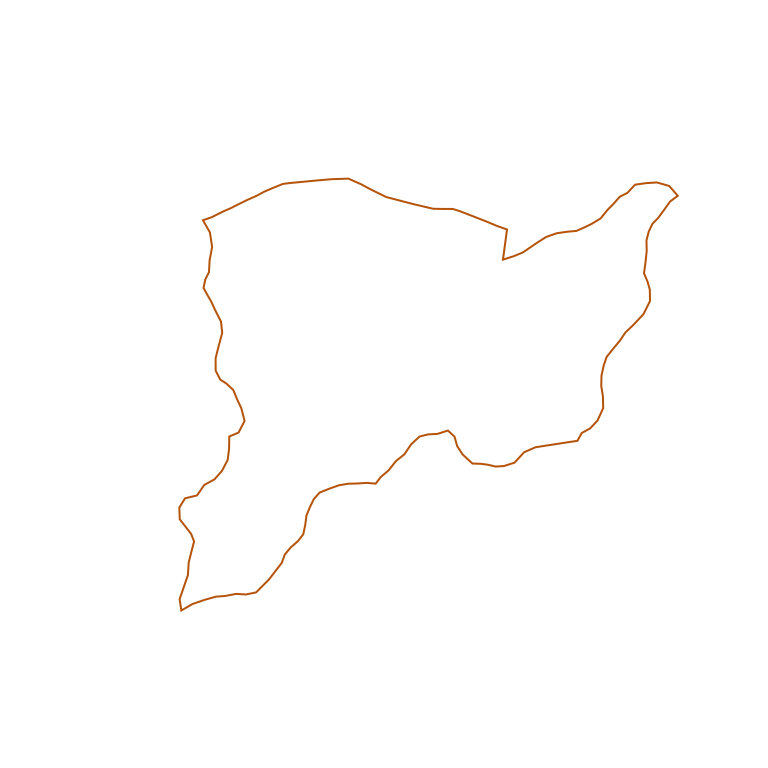 outline of Oliveira de Fátima, Tocantins, Brazil, rotated 199°
{"feature_id": "56859067B48116477141254", "entity_name": "Oliveira de Fátima", "entity_type": "district", "adm_level": 2, "iso_a3": "BRA", "parent_name": "Brazil", "parent_adm1": "Tocantins", "projection": "natural_earth1", "projection_center": [-48.878, -10.662], "detail": "fine", "context": "isolated", "style": "outline", "palette": "amber", "viewbox_px": 768, "rotation_deg": 199, "n_neighbors": 0, "source": "geoboundaries", "source_scale": "gbopen_adm2", "svg_char_len": 2146}
<svg xmlns="http://www.w3.org/2000/svg" viewBox="0 0 768 768"><g transform="rotate(199 384 384)"><path d="M167.5,657.6L178.8,664.1L191.6,663.4L201.5,659.3L211.5,654.2L216.1,643.9L222.1,637.8L225.5,629.4L229.3,621.5L233.1,611.1L239.6,603.2L245.4,597.4L251.9,591.4L261.0,587.3L269.7,582.8L278.6,575.8L285.1,567.6L290.7,560.1L295.7,553.4L303.2,546.9L312.0,540.3L318.0,570.2L328.0,570.2L340.6,571.0L354.8,571.6L369.1,572.1L376.0,571.9L383.5,569.3L394.5,565.7L402.3,564.9L414.0,563.7L432.4,562.3L442.7,561.5L453.2,562.8L462.2,564.0L470.6,565.4L484.5,566.6L500.2,560.6L511.5,555.6L524.5,549.7L537.5,543.8L544.7,540.3L553.5,532.6L559.6,527.1L565.6,520.6L573.1,513.6L581.0,505.7L586.1,500.4L591.9,495.1L601.3,485.5L608.5,479.9L597.9,470.6L591.1,457.5L589.2,444.3L585.9,432.8L587.0,424.5L585.9,416.1L580.1,410.8L574.5,406.0L567.4,398.6L558.4,389.9L553.6,379.6L552.7,366.1L551.6,353.5L547.5,341.8L540.2,334.8L533.1,333.1L524.5,329.2L518.0,321.8L511.0,314.6L503.8,303.7L505.7,290.7L513.2,284.0L509.3,272.0L507.1,261.3L508.9,249.3L513.2,238.7L521.1,230.0L524.5,217.8L534.9,211.1L537.3,200.5L533.1,189.6L523.6,183.4L517.6,179.5L512.3,173.3L511.6,163.6L510.5,151.5L507.2,139.5L507.2,127.2L507.2,114.0L501.9,103.9L493.5,113.6L483.1,121.7L473.7,128.2L465.3,131.8L455.5,137.4L446.1,140.0L437.1,145.3L433.3,153.2L429.2,161.5L425.8,171.6L422.4,181.7L422.3,190.5L418.9,199.3L414.3,207.2L411.4,215.6L412.6,225.2L414.5,234.4L414.0,243.1L412.9,252.4L409.5,260.4L402.0,266.9L393.6,273.6L385.7,277.9L376.7,281.3L368.1,284.9L359.4,287.1L356.8,295.0L351.5,303.9L347.6,315.1L341.9,324.0L338.7,335.8L333.3,345.9L325.9,350.7L317.1,354.3L308.4,360.8L300.2,357.2L294.5,349.0L286.6,342.9L274.5,337.6L266.3,340.1L259.4,341.5L251.6,342.3L244.0,345.4L235.0,352.1L229.3,365.1L220.2,373.5L182.6,393.3L181.1,402.0L174.6,409.2L170.2,419.1L168.9,432.5L172.9,443.4L178.0,453.0L181.1,462.8L182.3,473.2L182.3,482.1L179.2,490.8L175.1,501.8L172.5,511.3L167.2,521.6L161.4,534.6L159.5,549.1L163.4,559.8L168.3,566.8L174.2,573.3L176.1,583.0L178.9,595.2L182.6,605.3L183.3,614.5L182.3,622.9L178.8,630.4L175.5,641.0L172.9,649.7L167.5,657.6Z" fill="none" stroke="#b45309" stroke-width="2"/></g></svg>